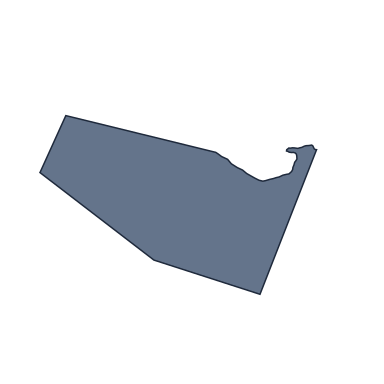 Bani Swayf City, Al Bahr al Ahmar, Egypt (Natural Earth projection), rotated 66°
{"feature_id": "37247803B55078919918818", "entity_name": "Bani Swayf City", "entity_type": "district", "adm_level": 2, "iso_a3": "EGY", "parent_name": "Egypt", "parent_adm1": "Al Bahr al Ahmar", "projection": "natural_earth1", "projection_center": [31.142, 28.985], "detail": "fine", "context": "isolated", "style": "filled", "palette": "slate", "viewbox_px": 384, "rotation_deg": 66, "n_neighbors": 0, "source": "geoboundaries", "source_scale": "gbopen_adm2", "svg_char_len": 855}
<svg xmlns="http://www.w3.org/2000/svg" viewBox="0 0 384 384"><g transform="rotate(66 192 192)"><path d="M165.4,154.2L164.8,155.0L115.6,218.5L70.9,276.2L112.0,322.5L112.4,323.0L238.7,254.5L313.1,171.5L270.9,128.8L204.0,61.0L203.4,62.0L202.3,62.8L200.6,62.8L198.8,62.9L197.8,63.6L197.1,66.3L196.1,68.9L195.8,70.8L195.9,73.5L195.5,75.4L195.2,77.6L193.5,80.3L192.5,82.2L191.9,84.5L191.2,85.6L191.9,88.3L193.0,89.0L194.0,87.8L195.1,87.1L196.4,85.1L197.1,83.2L198.5,81.7L199.9,81.3L201.6,81.6L204.5,82.7L205.6,84.2L206.6,86.1L208.8,87.9L210.6,89.8L212.4,90.9L213.8,92.7L214.9,96.1L214.3,98.4L213.6,102.1L213.7,106.3L213.1,109.3L212.8,112.3L212.1,115.7L211.5,120.3L210.9,122.9L208.5,126.0L204.7,129.1L197.4,134.5L192.5,136.9L188.1,140.7L182.2,144.6L176.6,146.2L171.7,150.5L167.6,152.8L165.4,154.2Z" fill="#64748b" stroke="#1e293b" stroke-width="1.5"/></g></svg>